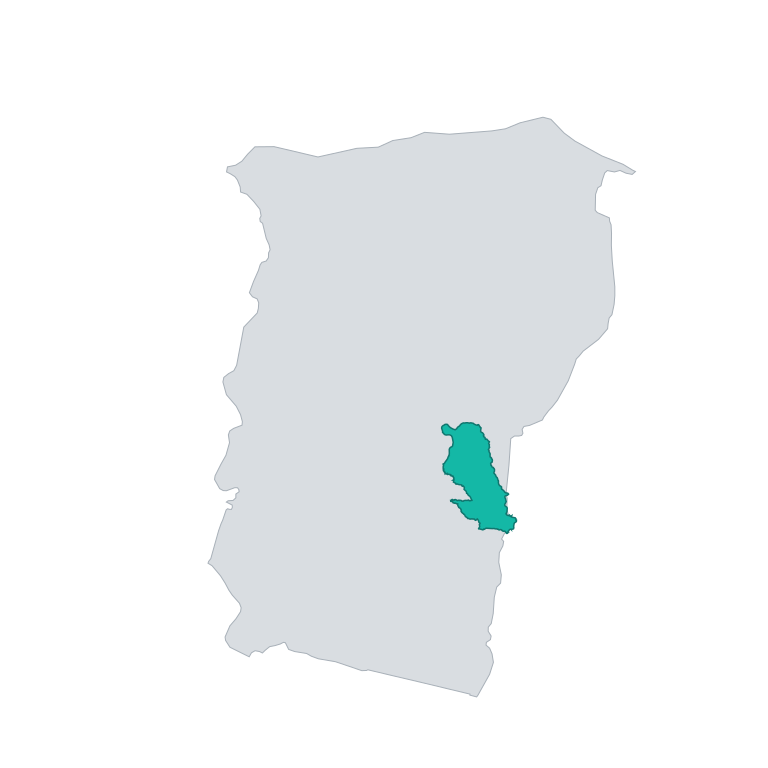 Bole, Northern, Ghana shown in context, rotated 194°
{"feature_id": "2480657B39398526932747", "entity_name": "Bole", "entity_type": "district", "adm_level": 2, "iso_a3": "GHA", "parent_name": "Ghana", "parent_adm1": "Northern", "projection": "orthographic", "projection_center": [-2.328, 8.691], "detail": "fine", "context": "in_parent", "style": "filled", "palette": "teal", "viewbox_px": 768, "rotation_deg": 194, "n_neighbors": 0, "source": "geoboundaries", "source_scale": "gbopen_adm2", "svg_char_len": 8648}
<svg xmlns="http://www.w3.org/2000/svg" viewBox="0 0 768 768"><g transform="rotate(194 384 384)"><path d="M469.8,91.3L475.7,96.9L477.0,100.1L475.0,112.1L470.8,120.5L468.1,128.4L468.5,132.4L471.2,136.3L480.1,142.4L484.6,146.4L490.1,152.5L496.3,158.4L506.9,166.1L511.4,167.5L511.2,169.6L509.8,172.6L509.0,201.5L508.3,209.0L507.6,212.8L506.7,223.6L505.6,225.1L503.5,225.0L501.7,225.4L501.3,227.6L502.0,229.8L508.4,231.3L507.0,233.0L502.3,234.5L500.2,237.7L501.1,241.4L498.5,244.4L499.3,246.4L501.0,247.9L503.7,247.3L511.1,242.3L514.2,241.7L518.1,242.7L525.3,250.3L525.7,254.0L522.8,266.8L520.1,276.6L519.7,289.7L522.7,297.0L522.3,301.1L519.1,304.6L511.8,309.7L512.3,313.2L515.8,319.6L522.0,326.7L534.3,335.5L540.8,347.0L541.0,351.7L537.3,356.5L532.9,360.6L531.5,366.5L533.8,405.3L524.2,422.2L524.2,427.0L525.2,432.5L527.7,435.9L532.7,436.8L536.7,440.0L535.4,451.8L533.3,463.9L533.0,469.7L531.9,472.5L528.1,474.8L526.7,478.6L527.7,483.3L527.0,486.7L529.1,491.2L533.5,496.8L540.7,510.6L543.4,511.7L544.6,514.6L543.9,517.4L546.7,523.5L554.6,529.6L562.9,534.9L569.6,535.6L571.2,540.4L575.6,546.5L578.8,549.1L583.9,550.8L588.1,551.7L588.4,556.8L580.9,560.4L575.8,565.8L571.9,574.0L566.6,582.9L548.1,587.7L541.0,587.8L503.0,588.3L467.4,606.1L446.9,612.4L434.3,622.4L417.4,629.5L405.5,638.0L380.9,642.2L340.5,655.7L327.9,661.0L315.1,670.4L294.3,681.3L286.1,681.2L269.8,671.0L257.5,665.9L227.6,658.0L205.2,655.0L194.4,651.6L191.4,651.0L193.9,647.4L200.2,647.1L206.7,648.3L211.7,645.5L219.0,645.1L220.9,642.2L221.5,634.8L221.4,628.9L224.0,626.2L224.6,619.2L221.1,603.7L218.5,601.9L205.5,599.7L204.5,596.6L202.2,593.4L199.7,585.3L196.9,573.4L192.3,558.6L183.6,534.3L181.4,525.6L180.0,516.9L179.6,506.4L181.5,502.5L181.2,497.1L180.4,491.7L186.6,479.3L198.7,464.1L201.3,458.6L203.5,454.8L203.8,449.4L206.0,431.7L211.8,410.3L215.4,402.2L217.9,397.8L220.9,390.7L221.6,387.4L232.8,379.0L237.9,376.7L239.0,373.4L237.3,369.8L238.0,367.4L240.7,366.1L244.8,365.1L247.8,361.7L243.1,335.3L239.3,309.0L239.1,306.8L236.9,303.1L234.6,292.3L230.9,285.9L225.7,284.0L225.7,278.1L231.0,267.9L232.4,262.0L229.8,260.2L229.5,255.6L231.3,248.2L230.4,243.6L229.5,238.7L224.0,227.2L222.7,219.0L225.5,214.2L225.4,203.8L222.5,187.7L222.0,177.5L224.0,173.3L223.1,169.3L219.1,165.4L218.9,161.7L222.2,158.1L221.8,155.3L217.6,153.2L213.9,148.3L210.5,140.4L211.3,127.9L217.6,104.7L218.4,102.8L225.4,102.9L225.5,103.9L247.6,103.7L272.8,103.5L303.0,103.1L330.5,102.8L331.7,101.8L336.2,100.5L363.9,102.8L381.2,101.5L388.6,102.3L393.9,103.8L405.9,102.8L412.3,103.4L417.1,109.1L419.1,109.0L421.8,106.6L426.5,103.8L431.4,101.5L434.8,97.0L436.9,93.6L440.1,94.3L444.6,94.0L447.6,91.1L448.8,86.7L469.8,91.3Z" fill="#d9dde1" stroke="#a8b0b8" stroke-width="1"/><path d="M228.9,268.7L228.7,268.8L228.8,268.9L228.5,269.0L228.5,269.4L228.3,269.4L228.1,270.1L227.8,269.6L227.7,269.8L227.8,270.0L227.7,270.1L227.9,270.1L228.0,270.4L227.9,270.9L227.0,272.9L226.6,273.4L226.1,273.7L225.7,273.8L225.4,273.6L225.5,273.8L224.2,274.2L223.4,274.7L223.2,275.0L223.2,275.4L222.8,275.5L223.2,275.5L223.4,276.4L223.7,277.1L223.8,277.6L223.5,277.6L223.8,277.7L224.0,280.1L223.7,280.9L222.5,282.2L222.3,282.6L222.4,283.2L222.5,283.1L222.6,283.5L222.7,283.4L223.2,284.1L223.4,285.2L224.4,285.9L227.5,285.7L228.5,285.9L228.7,286.1L228.2,286.6L228.2,287.1L228.6,286.6L229.5,286.3L229.8,286.4L229.7,286.7L229.8,286.8L230.5,286.5L231.0,286.5L231.0,286.8L231.3,286.5L232.5,286.4L233.3,286.8L233.7,287.6L234.2,287.6L233.8,289.8L234.4,293.4L235.0,294.2L236.7,294.8L237.5,295.5L237.7,296.5L237.2,298.3L237.0,299.6L237.5,300.3L238.5,302.4L239.1,302.8L239.1,303.0L239.5,304.0L239.3,304.7L237.2,306.1L236.5,307.3L237.5,308.0L238.8,307.9L239.7,307.9L240.0,308.2L240.5,308.1L241.9,309.4L243.7,310.3L244.2,310.5L244.4,310.4L244.7,310.8L244.7,311.5L245.0,311.8L245.0,312.5L246.0,313.1L247.1,313.3L248.4,314.4L249.3,316.4L249.4,317.4L249.7,318.0L250.2,318.3L250.7,319.3L251.6,320.6L252.4,320.9L253.1,321.6L253.6,322.6L254.5,323.1L254.7,323.4L255.9,324.2L255.9,325.2L255.7,326.1L256.1,327.8L256.5,328.4L257.3,328.7L257.6,329.4L257.9,329.3L259.0,329.6L259.5,330.1L260.1,331.0L260.5,330.9L261.3,332.7L261.2,333.2L260.5,334.0L260.4,334.6L260.2,334.6L260.3,336.0L260.7,337.0L261.6,337.5L261.6,338.0L261.9,338.2L262.3,338.6L263.3,338.9L263.8,340.1L263.8,340.6L264.0,341.4L264.2,341.6L264.3,342.3L265.0,342.9L265.8,343.9L266.0,344.9L266.7,345.4L266.9,345.7L266.5,346.7L266.6,347.4L266.2,348.1L266.9,349.2L267.1,350.7L268.0,351.4L267.9,353.0L267.7,353.4L267.8,353.6L268.9,353.9L271.0,355.4L272.2,354.9L272.6,355.4L273.1,356.6L273.5,356.8L274.1,356.8L274.5,357.1L275.0,357.9L275.0,358.4L274.7,358.7L275.4,359.6L276.6,360.5L278.1,360.8L278.8,361.5L279.1,363.3L279.1,364.1L279.3,365.0L280.1,365.2L280.4,365.7L281.4,366.4L281.8,367.0L282.5,367.4L283.1,367.2L283.1,366.8L283.4,366.5L284.4,366.5L286.5,366.8L288.1,367.5L289.4,367.3L290.2,367.4L291.4,366.9L291.5,366.7L293.7,366.6L294.9,366.3L296.1,365.7L297.7,365.4L299.3,364.1L300.3,362.4L300.4,361.8L300.7,361.3L301.2,361.0L302.2,359.7L302.7,358.1L303.9,356.8L306.3,357.0L309.2,357.8L311.4,359.1L312.6,360.1L313.9,360.0L315.1,359.5L315.9,358.5L316.6,358.0L317.4,356.8L317.5,355.9L317.4,355.1L315.7,352.3L315.4,351.1L314.3,350.6L313.4,349.8L312.3,349.5L311.1,349.6L309.8,350.1L308.4,350.5L307.4,350.5L306.1,350.1L304.9,348.8L302.7,344.1L302.5,340.4L303.0,339.5L304.0,338.8L304.6,337.9L304.9,336.5L303.8,332.4L303.7,331.1L303.5,330.9L303.8,330.3L303.8,329.9L303.7,329.7L304.0,329.4L304.3,326.7L305.8,323.0L306.0,322.1L306.3,321.5L307.3,320.6L307.0,320.1L306.6,319.8L306.5,318.5L306.6,318.4L306.4,317.3L306.1,316.6L305.9,316.5L306.1,316.2L306.0,315.9L305.7,315.8L305.7,315.5L305.5,315.4L305.7,315.2L305.6,314.8L305.4,314.4L305.1,314.5L304.8,313.8L303.9,313.5L303.9,313.2L304.0,313.2L303.9,313.1L304.0,313.0L303.7,312.6L303.4,312.6L303.3,312.3L302.7,312.1L302.7,311.9L302.5,312.1L302.2,311.8L301.7,311.8L301.4,312.1L301.1,311.9L301.0,312.2L300.8,311.9L300.3,312.0L300.2,311.7L299.3,312.1L298.7,312.1L298.3,311.9L298.1,312.1L297.8,312.1L297.6,312.0L297.6,311.9L297.5,312.1L297.3,312.0L297.5,311.8L297.3,311.6L297.1,311.7L297.0,311.3L296.8,311.1L296.2,311.2L295.8,311.3L295.5,311.0L295.4,311.0L295.4,311.3L295.2,311.3L294.6,311.2L294.6,310.7L294.2,310.5L293.8,309.8L293.6,309.9L293.5,309.7L293.4,309.4L293.5,309.3L293.2,308.8L293.2,308.3L293.3,308.2L293.2,308.1L293.4,308.0L293.3,307.7L293.5,307.5L293.0,307.6L293.1,306.9L293.0,306.4L292.7,306.0L292.8,305.6L290.5,305.0L290.3,304.5L290.0,304.3L289.6,304.5L289.2,304.4L288.8,304.7L287.0,304.5L284.3,304.9L284.1,304.8L283.9,304.1L283.2,303.7L282.4,304.2L281.0,303.1L281.0,302.5L280.8,301.6L280.8,301.1L278.5,299.9L277.5,298.4L277.4,297.9L276.5,297.8L275.8,296.9L274.8,296.2L273.9,296.0L273.2,295.5L272.2,294.4L271.0,292.7L270.5,292.5L270.6,292.3L271.1,292.3L272.0,291.6L272.8,291.4L273.3,291.4L273.6,291.8L274.1,291.8L275.1,291.1L276.8,290.8L278.2,290.2L278.6,289.6L279.8,289.3L280.0,289.4L280.3,289.3L280.5,289.5L281.2,289.7L282.0,289.5L282.2,289.3L282.5,289.5L282.9,289.3L283.5,289.3L283.7,289.1L284.0,289.1L284.2,288.7L284.5,288.6L285.1,288.6L286.1,289.1L286.7,289.0L286.8,289.1L287.3,288.8L287.6,288.8L287.8,288.3L288.3,288.3L288.3,288.1L288.9,288.0L289.1,288.3L289.9,288.5L290.2,288.2L290.1,287.9L290.6,287.6L290.5,287.4L291.0,287.2L290.9,287.1L291.1,287.0L291.0,286.7L290.9,286.8L290.3,286.3L289.6,286.7L288.8,286.0L288.5,286.0L288.3,285.6L288.1,285.7L287.8,285.5L287.3,285.6L287.0,285.3L285.8,285.7L285.0,285.4L284.6,285.5L284.2,285.5L284.3,285.4L284.1,285.2L283.4,285.0L282.9,283.9L282.2,283.0L281.8,282.9L281.6,282.3L281.4,282.2L281.1,282.3L280.7,282.0L280.3,282.0L279.0,281.1L279.0,280.8L278.7,280.6L278.5,280.1L278.6,279.9L278.3,279.4L278.4,279.1L278.1,278.8L277.4,278.5L277.3,278.4L277.4,278.2L276.9,277.9L276.1,277.5L275.4,277.4L275.1,276.9L274.2,276.6L273.7,276.1L273.0,275.1L271.9,274.8L271.9,274.7L271.0,274.4L270.4,274.1L270.4,273.9L270.0,273.7L269.4,274.0L268.0,273.7L267.4,274.0L267.0,273.9L266.7,274.2L265.5,274.5L264.9,274.4L264.5,274.7L263.9,274.7L263.7,274.8L263.2,274.6L262.6,273.9L262.1,273.9L261.4,274.6L261.0,275.3L260.9,275.6L260.3,275.3L259.5,274.5L258.7,273.3L258.3,272.6L257.7,272.5L257.2,272.2L257.1,271.7L257.5,270.7L256.6,268.8L257.2,266.5L257.0,266.3L256.2,266.5L252.7,266.4L252.2,267.3L251.7,267.2L251.1,267.6L251.0,268.0L250.0,268.8L244.0,269.9L242.0,270.5L241.1,270.3L239.8,270.7L238.8,270.5L238.5,270.8L238.1,270.7L237.5,270.3L236.9,270.4L236.5,270.4L235.9,270.9L235.0,271.0L234.8,270.8L234.6,270.8L234.4,270.6L234.1,270.6L233.9,270.3L233.4,270.3L232.8,269.9L231.4,270.4L231.0,270.2L231.0,270.3L230.5,270.2L230.1,269.7L229.6,269.5L229.3,268.9L228.9,268.7Z" fill="#14b8a6" stroke="#0f766e" stroke-width="1.5"/></g></svg>